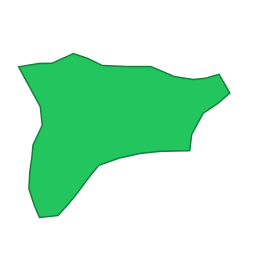 Palaiosofos, Cyprus, rotated 84°
{"feature_id": "46923920B16450205187108", "entity_name": "Palaiosofos", "entity_type": "district", "adm_level": 2, "iso_a3": "CYP", "parent_name": "Cyprus", "parent_adm1": "", "projection": "orthographic", "projection_center": [33.209, 35.319], "detail": "fine", "context": "isolated", "style": "filled", "palette": "green", "viewbox_px": 256, "rotation_deg": 84, "n_neighbors": 0, "source": "geoboundaries", "source_scale": "gbopen_adm2", "svg_char_len": 564}
<svg xmlns="http://www.w3.org/2000/svg" viewBox="0 0 256 256"><g transform="rotate(84 128 128)"><path d="M55.7,230.4L76.7,221.7L97.7,213.0L116.3,213.0L134.8,224.2L147.2,226.7L162.0,230.4L178.1,232.9L195.4,229.2L207.7,225.4L207.7,206.8L197.8,195.6L187.9,185.7L173.1,172.1L162.0,160.9L157.0,139.8L154.6,118.7L154.6,98.8L157.0,69.0L141.0,65.3L121.2,51.7L112.6,35.5L103.9,23.1L84.1,31.8L86.6,45.5L86.6,57.9L81.7,76.5L69.3,98.8L66.8,122.4L63.1,147.2L54.5,160.9L48.3,174.5L55.7,196.9L54.5,209.3L55.7,230.4Z" fill="#22c55e" stroke="#15803d" stroke-width="1.5"/></g></svg>